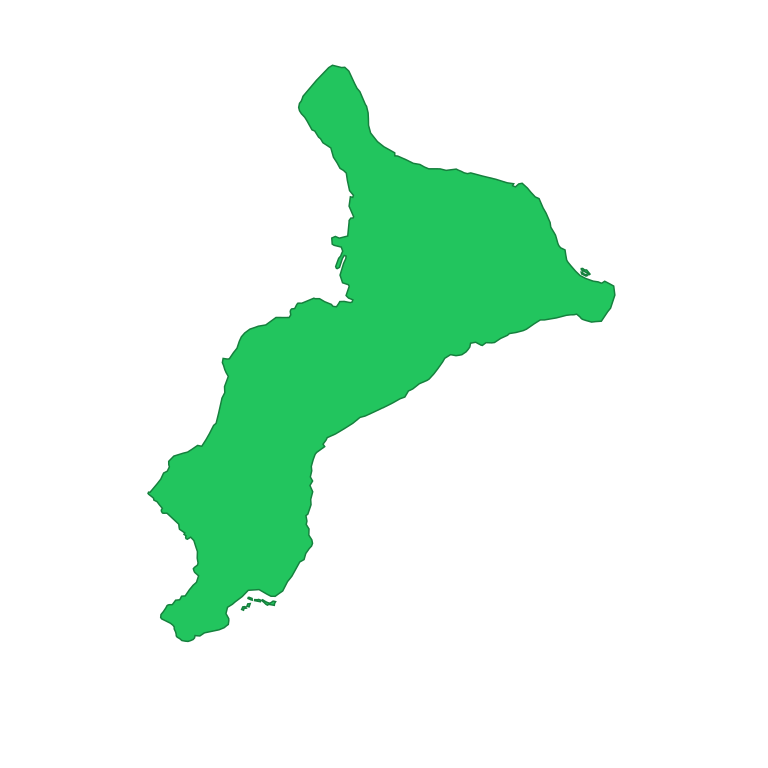 outline of Udot, Federated States of Micronesia, rotated 104°
{"feature_id": "79324940B84620093973822", "entity_name": "Udot", "entity_type": "district", "adm_level": 2, "iso_a3": "FSM", "parent_name": "Federated States of Micronesia", "parent_adm1": "", "projection": "mercator", "projection_center": [151.721, 7.382], "detail": "fine", "context": "isolated", "style": "filled", "palette": "green", "viewbox_px": 768, "rotation_deg": 104, "n_neighbors": 0, "source": "geoboundaries", "source_scale": "gbopen_adm2", "svg_char_len": 5680}
<svg xmlns="http://www.w3.org/2000/svg" viewBox="0 0 768 768"><g transform="rotate(104 384 384)"><path d="M309.9,434.5L312.3,434.9L313.1,436.3L313.3,438.3L313.5,442.6L314.7,446.8L317.1,447.5L320.5,448.8L320.9,451.2L320.9,452.5L319.5,454.3L318.5,461.5L316.8,467.2L317.0,468.0L317.9,471.4L317.7,472.8L325.5,483.3L326.2,486.4L326.6,487.3L328.5,488.0L332.4,488.9L333.5,491.8L334.9,492.5L336.4,492.5L339.5,491.2L342.4,492.1L343.3,495.5L345.6,504.9L355.3,513.0L358.3,519.9L360.6,523.3L363.2,527.4L368.2,531.5L372.7,533.8L377.4,534.7L384.9,535.3L389.9,537.6L397.0,540.2L397.7,542.0L398.1,546.3L402.4,546.0L404.9,544.1L408.5,542.0L411.2,539.9L414.3,536.9L425.1,538.1L430.9,536.4L436.9,537.8L439.8,537.7L452.5,537.4L462.8,537.4L465.4,539.3L474.5,541.4L480.9,543.2L488.5,545.8L488.7,550.0L494.3,555.0L497.6,558.1L499.7,562.1L504.8,570.5L508.2,572.5L511.1,574.2L514.4,573.3L516.3,572.2L521.0,573.2L523.7,576.3L530.4,577.6L536.2,580.2L545.6,584.8L545.9,586.3L547.3,586.5L548.0,585.5L550.0,581.0L550.7,579.9L552.3,579.2L553.1,575.7L555.4,572.9L558.3,569.0L560.2,569.6L561.6,569.0L562.8,567.7L562.7,566.4L562.2,564.7L561.9,563.3L562.8,561.6L569.7,549.2L572.5,548.2L574.4,547.3L575.2,545.1L576.7,541.3L578.3,541.7L579.1,539.5L581.0,539.3L581.9,538.7L582.2,537.3L579.4,534.5L581.9,530.6L585.7,528.3L588.6,526.5L591.7,524.5L598.2,523.1L602.7,521.1L604.9,521.2L607.8,523.6L609.4,524.3L610.6,523.6L612.1,522.6L612.8,521.7L615.0,517.5L621.8,518.0L625.4,520.5L630.6,523.0L637.7,525.6L638.9,529.1L641.4,529.6L642.8,530.1L644.2,533.9L646.9,535.0L649.2,536.0L649.6,536.9L650.0,538.7L650.6,540.0L651.5,540.9L654.0,541.5L658.2,543.0L661.6,544.6L664.6,544.2L665.7,542.9L667.8,533.3L669.1,530.5L670.4,528.8L671.4,528.6L672.6,528.2L674.9,526.3L676.9,525.2L678.7,524.6L679.7,523.4L680.5,520.6L681.8,518.1L681.6,514.7L681.2,511.9L679.8,509.6L678.1,507.4L676.2,506.4L673.8,506.5L673.6,505.0L673.0,501.7L668.9,498.0L662.4,484.6L659.1,480.1L656.4,478.1L655.0,476.9L651.2,477.3L649.2,477.9L645.0,481.8L638.5,481.8L634.4,477.8L631.4,475.7L624.5,470.1L617.0,465.8L615.6,461.4L613.7,455.5L616.2,446.9L617.3,442.3L616.3,438.2L613.1,435.5L609.3,432.2L599.1,429.8L592.8,426.9L577.1,422.7L573.7,419.1L567.4,418.9L561.7,416.7L558.8,415.1L555.9,414.8L552.7,416.3L548.8,420.4L542.8,421.7L539.1,425.5L535.7,425.6L530.6,427.9L528.7,426.4L518.8,425.6L513.7,427.2L505.8,427.1L500.4,431.3L495.4,429.8L492.0,433.0L485.7,433.1L481.6,434.6L474.4,434.4L468.9,433.8L466.7,432.8L459.1,426.4L457.1,428.6L452.3,426.6L449.7,426.1L449.0,425.1L444.2,419.0L436.3,411.1L429.6,404.7L422.2,399.2L419.6,394.5L413.6,387.0L407.6,379.7L407.4,379.3L400.0,370.7L394.4,364.8L391.6,360.6L384.8,358.6L383.6,357.0L381.7,354.8L375.2,349.8L369.9,342.9L368.3,341.4L362.0,338.0L356.2,335.5L348.3,332.4L344.4,331.3L339.4,326.5L339.1,321.0L337.7,317.6L336.7,315.5L332.9,312.1L330.0,310.7L327.4,309.7L323.5,309.9L321.3,305.1L322.1,302.2L322.5,300.3L322.8,299.5L322.8,297.9L319.2,295.0L318.0,289.4L317.0,286.8L311.5,281.8L306.9,276.0L304.7,274.5L302.1,268.4L298.5,261.8L296.3,259.0L289.1,252.7L284.0,247.8L283.0,243.8L278.2,232.8L273.2,223.6L271.7,219.6L270.8,216.3L269.6,214.0L271.5,210.1L272.5,208.8L273.2,207.3L273.5,203.9L273.7,197.6L272.2,193.6L270.5,188.3L259.7,184.4L255.6,182.5L241.9,181.5L233.4,184.8L232.2,189.3L230.9,194.7L233.1,196.7L233.6,197.6L233.1,200.8L233.6,206.0L232.8,213.9L231.3,220.1L228.2,225.4L224.2,231.1L221.3,235.0L219.6,236.7L214.7,238.9L210.1,240.8L209.1,245.6L207.4,247.9L205.4,249.4L200.8,252.0L198.1,253.6L196.2,255.4L191.5,260.1L187.1,261.9L179.1,268.0L174.7,272.2L166.6,278.4L165.9,282.5L162.4,287.9L159.2,292.2L155.8,298.5L157.3,301.7L160.9,304.1L160.7,306.1L160.5,307.2L158.3,306.6L159.0,313.3L158.3,324.9L158.4,338.8L158.2,350.9L159.7,353.9L159.7,357.4L159.0,360.3L158.5,363.7L158.0,365.9L161.7,375.4L161.7,381.6L162.7,385.9L164.4,392.6L163.7,397.2L162.3,402.3L162.8,409.0L161.2,416.1L160.0,423.0L159.5,425.9L160.0,428.7L157.1,429.5L155.4,435.6L153.8,441.6L150.4,449.0L143.7,457.7L136.7,461.6L130.4,463.3L124.8,465.0L118.8,468.1L117.3,469.7L106.2,478.1L103.6,481.7L99.7,485.1L88.9,493.8L86.2,498.7L87.2,501.7L87.2,511.1L90.4,514.2L105.5,522.9L124.4,532.2L127.1,532.4L129.7,532.8L132.1,533.9L136.3,533.7L139.3,532.1L141.7,529.6L144.4,525.4L147.8,521.9L150.2,519.7L154.8,515.4L155.3,512.4L160.3,507.2L161.3,505.0L164.7,501.6L167.8,492.7L176.2,487.9L180.8,483.0L185.4,478.8L186.6,474.9L188.5,471.6L195.3,468.8L204.7,464.2L208.3,459.3L210.5,459.5L210.5,461.9L219.9,460.9L229.1,453.9L230.5,454.3L231.0,456.3L233.7,457.4L235.6,457.0L249.2,455.0L253.3,462.7L252.6,466.9L255.0,470.0L260.8,468.1L261.5,466.0L261.5,458.6L265.1,456.2L267.7,456.7L270.3,457.0L273.0,458.4L279.4,459.1L281.8,459.3L283.3,458.1L283.3,457.2L281.6,455.4L277.5,455.1L272.3,454.7L268.9,453.7L269.1,451.7L271.5,451.4L276.8,452.4L289.0,453.0L295.8,448.7L296.3,442.5L297.7,441.4L307.3,442.2L308.0,441.2L309.2,439.2L309.7,435.6L309.9,434.5ZM623.4,437.1L621.4,436.5L621.4,438.6L621.8,439.5L623.0,440.3L624.3,441.8L624.3,443.8L623.8,446.2L622.7,449.6L623.6,450.3L624.9,447.7L626.3,445.3L626.8,443.6L625.7,442.4L625.3,436.9L623.4,437.1ZM224.3,220.5L225.5,220.1L226.7,215.4L227.0,213.9L228.4,211.5L227.5,210.7L224.3,215.0L224.8,216.9L223.8,219.2L224.3,220.5ZM624.5,457.3L625.5,457.2L625.2,451.3L623.6,451.2L623.3,453.5L623.9,454.5L624.5,457.3ZM637.2,467.6L637.5,465.6L635.6,465.5L634.8,463.4L633.8,464.5L633.7,465.3L634.4,467.1L637.2,467.6ZM227.7,219.8L229.4,218.8L230.4,214.1L229.6,212.9L228.7,213.8L228.9,214.6L229.2,215.5L228.4,217.6L227.4,218.6L227.7,219.8ZM632.9,463.3L632.9,461.0L629.4,460.7L630.3,463.0L632.9,463.3ZM625.0,464.1L625.6,460.8L625.6,459.6L624.0,460.1L623.6,463.4L624.0,464.1L625.0,464.1Z" fill="#22c55e" stroke="#15803d" stroke-width="1.5"/></g></svg>